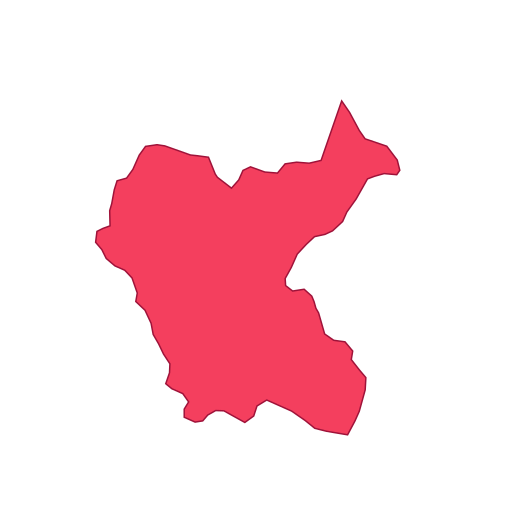 the district of Eumseong-gun, North Chungcheong, South Korea, rotated 24°
{"feature_id": "91817680B44245642839981", "entity_name": "Eumseong-gun", "entity_type": "district", "adm_level": 2, "iso_a3": "KOR", "parent_name": "South Korea", "parent_adm1": "North Chungcheong", "projection": "robinson", "projection_center": [127.624, 36.987], "detail": "fine", "context": "isolated", "style": "filled", "palette": "rose", "viewbox_px": 512, "rotation_deg": 24, "n_neighbors": 0, "source": "geoboundaries", "source_scale": "gbopen_adm2", "svg_char_len": 1436}
<svg xmlns="http://www.w3.org/2000/svg" viewBox="0 0 512 512"><g transform="rotate(24 256 256)"><path d="M271.2,79.5L275.5,129.7L276.6,142.2L266.8,149.6L254.9,153.8L245.1,160.0L241.9,171.5L229.9,175.7L214.7,176.8L209.3,183.1L209.3,193.5L206.0,204.0L188.7,199.8L185.4,197.7L172.4,185.1L161.5,188.3L155.0,190.4L127.9,192.5L120.3,194.6L110.5,200.8L108.3,211.3L108.3,227.0L106.1,237.5L98.5,243.8L99.6,253.2L102.9,266.8L103.9,274.1L110.4,287.8L105.0,293.0L100.7,298.2L103.9,308.7L112.6,312.9L120.2,319.2L131.1,322.4L141.9,322.4L151.7,326.5L162.6,338.1L164.7,346.5L176.7,350.7L187.5,360.1L194.0,369.5L202.7,375.8L211.4,383.2L221.2,389.5L224.5,397.9L225.5,409.4L233.1,411.5L245.1,411.5L253.8,416.7L252.7,425.1L256.0,432.5L267.9,432.5L274.4,428.3L276.6,420.9L282.0,413.6L289.6,410.5L313.5,412.6L319.0,403.1L317.9,392.6L324.4,383.2L336.3,383.2L351.6,383.2L367.9,386.3L379.8,389.5L391.8,387.4L412.4,382.1L413.5,366.4L413.5,355.9L410.2,333.9L406.3,323.6L405.8,322.4L397.1,318.2L385.2,311.9L383.0,303.5L372.2,298.2L361.3,301.4L350.4,299.3L336.3,282.5L332.0,279.4L327.6,274.1L323.3,270.0L313.5,266.8L303.7,273.1L295.1,271.0L291.8,264.7L292.9,252.1L292.9,237.5L297.2,224.9L301.6,214.5L310.2,208.2L315.7,201.9L321.1,189.3L321.1,178.9L324.3,163.2L325.4,151.7L326.5,140.2L331.9,134.9L339.5,128.6L351.5,124.5L352.5,119.2L346.0,110.9L330.8,102.5L308.0,104.6L299.4,99.4L283.1,86.8L271.2,79.5Z" fill="#f43f5e" stroke="#9f1239" stroke-width="1.5"/></g></svg>